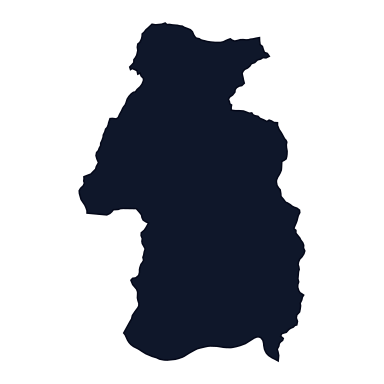 Avaré, São Paulo, Brazil (Mercator projection)
{"feature_id": "56859067B63213582970930", "entity_name": "Avaré", "entity_type": "district", "adm_level": 2, "iso_a3": "BRA", "parent_name": "Brazil", "parent_adm1": "São Paulo", "projection": "mercator", "projection_center": [-48.891, -23.063], "detail": "fine", "context": "isolated", "style": "filled", "palette": "ink", "viewbox_px": 384, "rotation_deg": 0, "n_neighbors": 0, "source": "geoboundaries", "source_scale": "gbopen_adm2", "svg_char_len": 4605}
<svg xmlns="http://www.w3.org/2000/svg" viewBox="0 0 384 384"><path d="M123.7,333.0L125.1,334.7L126.1,336.9L127.6,340.2L129.1,342.5L130.9,344.5L133.5,346.5L137.7,348.6L139.4,349.6L141.6,351.1L145.8,353.7L152.2,356.4L156.6,357.7L159.5,359.1L161.5,359.5L164.2,360.0L167.3,360.1L170.2,359.8L175.2,359.3L178.3,358.5L182.4,357.1L184.2,356.2L189.1,353.1L192.9,351.0L194.7,350.0L197.1,348.8L199.1,348.2L201.6,347.6L205.5,346.7L208.0,346.2L210.2,346.0L213.4,346.1L216.5,346.2L218.7,346.5L223.6,347.3L226.2,347.5L230.8,347.6L232.8,347.3L236.2,346.6L240.2,345.5L245.3,343.6L251.7,339.6L254.0,338.1L256.9,336.9L259.1,336.9L261.0,337.8L262.9,340.3L263.6,343.2L263.8,345.5L264.5,349.2L265.3,351.1L266.5,353.3L268.6,355.5L272.1,357.8L275.0,359.2L278.2,361.0L278.7,355.5L278.0,351.8L277.2,349.2L278.8,346.2L279.3,343.5L280.6,341.9L282.6,340.4L283.3,338.4L280.6,336.2L281.8,333.6L286.3,332.3L288.8,329.5L290.5,328.3L293.3,327.1L294.8,325.5L296.8,324.9L297.5,321.3L296.3,318.0L296.8,315.0L299.6,311.9L300.2,308.9L300.6,305.8L300.2,303.2L301.8,299.9L302.4,297.1L303.7,295.1L301.8,293.8L300.0,292.7L298.7,290.6L297.7,287.2L297.8,284.6L298.7,281.9L297.9,278.9L298.3,274.3L298.5,271.6L299.2,269.5L298.8,266.8L298.1,264.7L298.5,262.1L299.7,259.2L302.0,256.8L303.9,253.8L304.8,250.9L303.5,248.0L303.7,245.2L302.7,242.6L300.8,240.1L299.8,238.0L298.2,236.0L295.9,233.2L295.9,230.3L293.8,228.6L294.8,226.0L296.2,222.8L297.0,220.6L297.5,218.5L298.3,215.5L299.8,212.6L299.5,210.1L297.0,208.2L294.1,207.2L292.3,206.3L290.2,204.6L287.4,202.9L285.6,202.2L283.7,199.6L281.0,196.4L280.8,193.5L280.2,189.8L278.7,188.1L277.0,185.4L276.4,182.0L276.5,180.0L277.8,176.9L278.9,175.2L280.2,172.8L281.3,170.1L281.5,168.0L281.8,161.5L284.1,160.3L286.1,158.9L286.7,156.6L287.0,154.3L287.1,151.1L286.5,147.7L286.3,144.8L286.8,142.1L286.0,140.3L284.6,138.8L283.4,136.6L282.0,134.0L281.0,132.3L279.1,129.5L278.3,127.4L277.5,125.5L277.5,122.7L274.0,122.5L271.4,120.9L269.1,120.1L266.9,121.5L263.6,119.8L259.9,118.3L258.0,116.3L254.9,115.7L253.0,114.8L251.8,112.9L249.2,113.2L246.2,112.0L243.5,111.0L239.3,110.7L235.8,110.7L233.6,110.5L231.2,110.1L231.2,107.1L231.6,105.0L229.8,103.8L229.4,101.6L228.4,99.3L229.6,97.1L232.6,95.0L234.9,92.1L235.1,89.7L236.5,87.7L239.1,86.1L241.8,85.6L244.3,83.2L243.4,79.7L243.0,77.5L242.5,75.4L242.1,73.2L243.2,71.1L244.7,69.4L247.6,68.0L249.8,66.1L251.4,63.7L254.7,62.6L257.5,59.9L260.7,59.1L262.9,57.6L266.0,57.9L269.3,56.3L267.3,53.4L264.4,52.4L263.2,49.1L262.4,46.4L260.1,44.6L259.6,41.0L259.5,37.6L256.1,38.2L253.0,38.9L250.4,39.2L248.4,39.8L246.0,39.9L243.2,39.6L240.3,39.7L237.8,40.4L234.7,41.1L232.2,40.2L230.3,38.8L227.9,39.7L226.0,40.5L223.4,41.8L220.7,42.4L218.4,42.4L214.9,42.4L210.6,42.0L207.3,41.5L204.6,40.8L202.7,40.4L200.8,39.8L199.2,38.7L196.2,38.1L194.8,36.6L193.6,34.6L192.4,31.7L190.4,29.7L187.4,28.5L184.4,27.4L182.2,26.1L179.9,25.9L177.4,25.3L174.9,25.1L172.4,24.9L169.4,24.4L166.9,24.6L165.2,23.0L161.8,24.2L158.8,24.5L155.5,24.8L152.0,24.2L149.8,26.3L148.0,28.0L146.0,29.7L144.1,32.2L142.2,33.9L142.1,36.1L141.6,38.6L140.7,40.7L139.7,42.5L137.8,44.0L137.3,47.2L137.8,50.4L137.3,52.8L136.7,55.3L135.3,57.8L133.9,59.6L133.8,62.6L131.8,64.9L129.7,67.0L130.5,69.6L132.2,68.5L134.6,69.5L137.0,70.7L137.8,74.2L140.1,73.1L141.1,75.9L143.5,78.5L143.4,80.8L142.0,84.2L140.2,86.7L137.1,89.5L135.4,91.9L133.4,92.3L131.3,93.8L129.0,96.3L127.2,99.1L126.0,102.9L125.1,105.0L123.8,106.6L122.7,108.3L121.5,111.0L119.6,114.4L118.2,117.6L116.2,118.9L112.4,118.4L110.0,118.6L109.4,120.5L108.7,122.6L108.2,124.9L107.2,127.4L105.6,129.1L104.8,131.9L103.3,135.0L103.1,137.2L102.0,140.4L100.7,143.1L100.6,145.7L99.2,148.2L98.4,150.5L96.6,152.5L96.0,155.6L96.9,158.9L98.5,162.6L96.3,166.6L95.6,169.2L92.8,172.0L90.8,174.1L88.3,175.0L83.9,176.7L84.0,178.9L83.7,181.0L84.4,183.1L83.3,185.7L80.6,188.3L79.2,190.7L79.4,193.5L80.4,197.1L81.1,199.5L82.9,202.2L84.8,205.0L85.9,207.4L87.0,210.6L87.0,213.1L106.8,214.9L109.8,213.5L111.8,211.7L113.4,209.7L115.7,209.6L118.3,209.4L120.4,208.6L123.2,208.4L136.3,208.6L139.0,211.7L140.4,213.4L141.5,214.9L142.0,217.6L143.2,220.1L146.0,221.9L148.6,223.0L146.9,226.0L145.9,227.8L144.2,230.3L141.3,232.7L141.1,235.6L142.3,238.5L141.9,241.3L142.3,243.6L143.9,246.4L145.2,248.9L144.2,252.0L143.7,255.1L142.9,257.3L143.6,260.3L142.5,262.3L141.0,264.3L139.9,267.5L139.5,269.5L139.5,272.3L138.7,275.4L135.7,277.9L132.6,278.3L130.9,280.2L132.7,284.6L134.5,286.7L136.6,289.2L137.6,291.9L137.6,294.0L137.4,297.9L138.0,300.7L138.9,303.4L138.8,305.9L137.9,307.7L135.0,311.6L132.4,315.5L131.6,318.9L130.0,321.6L128.4,324.5L123.7,333.0Z" fill="#0f172a" stroke="#020617" stroke-width="1.5"/></svg>